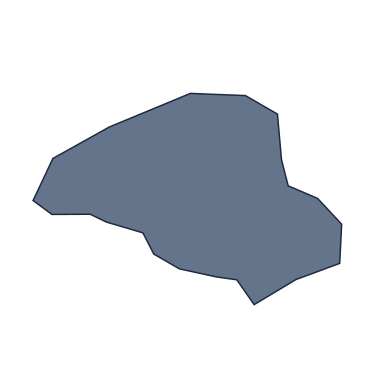 Għaxaq, Mercator projection, rotated 278°
{"feature_id": "MLT-5967", "entity_name": "Għaxaq", "entity_type": "state/province", "adm_level": 1, "iso_a3": "MLT", "parent_name": "Malta", "parent_adm1": "", "projection": "mercator", "projection_center": [14.513, 35.843], "detail": "fine", "context": "isolated", "style": "filled", "palette": "slate", "viewbox_px": 384, "rotation_deg": 278, "n_neighbors": 0, "source": "natural_earth", "source_scale": "10m", "svg_char_len": 430}
<svg xmlns="http://www.w3.org/2000/svg" viewBox="0 0 384 384"><g transform="rotate(278 192 192)"><path d="M294.9,231.5L281.0,265.8L236.5,276.1L211.5,286.4L203.1,317.3L180.9,344.7L141.9,348.2L119.7,307.0L89.1,269.2L111.3,248.6L111.3,228.0L114.1,190.3L125.2,162.8L144.7,149.1L150.3,111.4L155.8,94.2L150.3,56.4L161.4,35.8L205.9,49.6L244.9,101.1L289.4,176.6L294.9,231.5Z" fill="#64748b" stroke="#1e293b" stroke-width="1.5"/></g></svg>